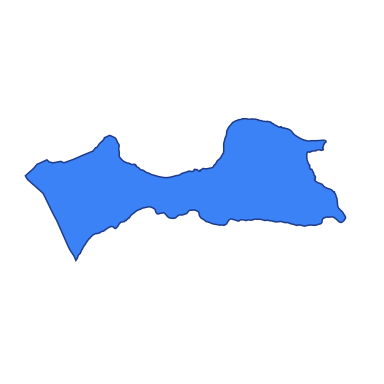 the district of South Epi, Shefa, Vanuatu, rotated 334°
{"feature_id": "77236927B82266009819224", "entity_name": "South Epi", "entity_type": "district", "adm_level": 2, "iso_a3": "VUT", "parent_name": "Vanuatu", "parent_adm1": "Shefa", "projection": "natural_earth1", "projection_center": [168.409, -16.787], "detail": "fine", "context": "isolated", "style": "filled", "palette": "blue", "viewbox_px": 384, "rotation_deg": 334, "n_neighbors": 0, "source": "geoboundaries", "source_scale": "gbopen_adm2", "svg_char_len": 6127}
<svg xmlns="http://www.w3.org/2000/svg" viewBox="0 0 384 384"><g transform="rotate(334 192 192)"><path d="M124.7,109.9L121.0,111.8L110.1,111.1L99.9,110.7L89.6,109.6L87.6,107.0L79.7,104.8L76.7,102.2L75.7,99.5L64.8,99.2L59.9,101.4L49.3,104.4L49.6,108.5L57.6,127.9L57.6,149.8L57.9,159.1L56.9,185.6L56.9,190.4L57.9,198.2L57.6,202.6L60.0,201.2L61.4,199.7L62.2,199.0L63.5,198.4L64.7,198.2L66.3,196.7L67.5,195.8L68.9,194.9L69.7,194.1L71.3,193.2L72.9,192.4L74.7,191.2L77.1,189.8L79.4,188.8L80.2,188.7L81.5,188.0L84.1,187.2L85.3,187.1L87.0,187.1L88.1,187.7L89.0,187.7L89.9,188.1L90.8,188.2L93.6,187.9L95.5,188.4L100.1,187.5L101.7,187.4L104.1,187.5L105.1,188.1L105.7,188.5L106.2,189.6L106.5,190.7L106.9,191.1L107.4,191.3L108.5,191.0L111.0,189.9L111.9,189.1L113.1,188.5L114.5,188.1L115.4,188.1L118.4,189.0L118.9,188.8L119.6,188.2L120.1,188.4L120.4,188.7L120.7,188.4L122.5,188.1L123.0,187.9L123.2,187.7L123.6,187.5L124.1,187.8L126.7,186.3L129.2,185.6L131.0,185.3L133.7,184.7L135.4,184.6L138.4,184.9L139.6,184.8L140.7,184.8L142.8,185.4L145.8,186.1L147.4,186.6L149.3,188.5L150.4,189.9L151.2,191.5L150.9,192.8L150.7,194.8L151.1,196.3L152.2,197.0L155.0,197.4L155.7,197.9L156.5,197.8L157.4,198.2L158.2,199.3L158.4,200.3L159.2,203.2L159.8,204.6L161.0,205.9L162.1,206.7L164.6,207.9L165.8,208.0L169.6,207.0L171.0,207.2L173.1,208.4L174.0,208.5L177.8,209.0L179.4,208.3L180.8,207.5L181.6,207.5L182.2,207.6L183.1,208.0L185.5,208.9L187.1,209.9L188.9,212.2L189.1,213.0L189.1,213.8L188.9,214.6L188.5,215.5L188.3,216.8L188.5,218.2L188.9,219.8L189.7,220.8L190.7,222.4L191.3,223.9L192.2,225.2L193.1,225.8L195.8,228.7L197.0,229.9L198.2,230.9L199.4,231.6L200.7,232.7L202.9,234.3L204.1,234.5L205.6,235.6L206.7,235.8L206.6,236.0L208.1,236.0L209.1,235.8L211.6,234.1L212.5,233.6L214.2,233.1L215.3,233.3L216.1,233.9L216.7,234.5L218.2,235.8L220.1,237.8L221.0,238.5L222.0,238.6L223.1,238.3L223.9,238.4L225.4,239.3L226.4,239.8L228.0,241.4L230.5,241.6L231.9,242.8L232.7,243.1L233.4,243.6L236.2,243.8L237.6,244.4L239.1,245.4L240.1,245.8L241.5,246.5L243.9,248.5L244.9,249.5L246.0,250.0L247.3,250.2L249.4,252.0L251.0,252.9L253.7,255.3L255.0,256.0L258.7,257.3L259.7,258.0L260.5,258.9L261.1,259.4L263.2,260.9L264.5,261.3L265.3,262.0L265.9,262.9L266.9,263.9L268.0,264.7L270.7,267.1L271.4,267.9L272.3,268.1L273.5,268.5L275.0,269.2L277.1,271.2L278.3,272.1L279.3,272.3L280.3,272.4L283.0,273.2L284.4,273.8L286.0,274.8L287.5,275.6L289.3,276.3L290.6,276.3L291.7,276.5L293.3,276.9L294.6,276.8L295.6,276.2L296.0,275.3L296.8,274.2L298.7,273.1L299.2,273.1L299.4,273.3L301.7,273.3L303.6,274.5L304.9,274.9L307.2,275.9L307.9,276.4L308.5,277.3L309.5,279.1L310.3,280.9L310.8,282.6L311.7,284.0L312.7,284.8L314.2,284.8L316.4,284.1L317.2,283.5L318.0,283.3L318.7,282.5L319.0,281.7L319.0,280.8L318.5,275.9L318.1,274.6L317.5,273.5L316.7,270.7L316.7,269.2L317.0,267.7L318.4,264.4L318.8,263.1L319.3,261.9L319.6,259.5L319.9,257.7L319.9,256.3L319.7,255.4L320.1,254.3L319.7,254.0L319.4,254.1L319.1,253.3L318.8,252.2L318.3,251.2L317.6,250.3L314.8,247.6L314.1,246.6L313.3,245.7L312.3,242.2L311.6,241.2L309.4,239.0L308.7,238.1L307.9,236.7L307.6,235.8L307.5,235.1L307.9,235.2L308.1,234.9L308.2,234.2L308.4,233.7L308.9,233.7L309.2,233.3L309.6,232.3L309.7,231.7L309.3,231.0L309.2,230.2L309.2,229.6L309.4,228.9L309.7,228.5L309.6,225.8L309.7,224.2L309.1,223.7L308.5,223.7L308.3,223.3L308.3,222.5L308.5,222.1L308.7,221.7L308.6,220.9L308.8,220.4L309.4,220.2L309.5,219.7L309.4,219.0L309.1,218.2L309.1,217.4L309.4,214.0L309.7,212.7L310.0,212.3L310.6,210.6L311.5,208.9L312.5,207.4L313.4,206.7L314.7,207.3L315.2,207.9L316.0,207.8L316.6,208.0L317.2,207.7L319.9,208.6L321.0,209.2L321.5,209.3L322.6,209.1L323.6,209.2L325.6,210.3L325.8,210.7L326.3,210.8L326.7,211.4L328.2,211.7L328.9,210.9L328.6,210.2L328.8,209.4L329.3,209.3L330.7,207.6L331.2,207.4L332.7,206.0L334.0,206.1L334.5,205.4L334.7,204.7L333.5,203.4L325.4,200.0L321.8,198.2L320.5,197.7L319.7,197.7L318.7,197.1L315.4,194.3L313.3,192.0L312.5,190.8L311.8,189.9L310.2,187.3L309.3,185.7L308.7,183.9L308.3,182.3L308.1,181.1L307.7,180.0L306.9,178.6L305.2,176.8L304.1,176.0L303.3,175.1L302.7,175.1L302.6,174.6L302.1,174.6L300.8,173.1L300.8,172.5L300.4,172.2L299.8,172.5L299.5,172.0L299.0,172.0L298.3,171.5L297.1,169.6L295.4,167.6L295.1,166.9L295.0,166.2L294.5,165.7L294.0,165.5L293.9,164.7L293.5,164.0L293.1,163.3L290.6,161.5L289.3,161.1L288.1,160.2L287.2,159.9L285.6,158.2L284.7,157.7L283.9,157.2L283.4,156.4L281.2,154.5L278.7,153.1L277.8,152.5L276.8,152.2L275.7,152.0L275.0,151.5L274.6,151.2L273.1,150.1L272.4,149.6L271.2,149.1L269.7,148.4L268.5,148.2L267.7,148.3L266.2,147.7L265.3,147.5L261.3,147.2L259.0,147.4L257.5,148.1L256.0,148.8L254.6,149.3L252.9,150.2L250.1,152.3L247.9,155.9L246.9,156.8L245.6,157.8L243.1,160.8L242.3,161.6L241.3,163.1L238.9,168.3L237.4,170.7L236.6,171.1L234.4,172.6L232.5,173.8L231.1,174.4L228.5,175.0L225.6,177.0L223.2,177.8L222.9,178.2L222.0,178.8L220.7,178.9L219.9,178.8L215.6,177.6L214.1,177.0L212.9,176.1L212.0,175.6L210.5,176.1L209.7,176.1L209.0,175.8L208.6,176.1L208.3,176.8L207.7,176.6L207.0,175.6L206.3,173.9L205.5,173.9L205.1,173.6L204.7,172.9L203.9,172.7L203.4,173.1L202.9,173.8L202.0,173.9L199.6,172.8L198.8,172.0L197.5,171.7L195.8,171.8L194.1,171.3L193.0,171.2L191.7,170.9L190.5,170.9L188.3,171.2L186.6,170.9L184.0,170.1L182.6,170.1L181.9,169.7L180.4,169.5L178.1,168.9L177.2,168.7L176.9,168.4L176.3,168.3L174.5,167.5L171.8,165.8L168.5,163.3L166.5,161.4L165.9,160.9L165.3,160.4L164.1,159.4L162.9,158.1L161.5,156.2L160.0,154.9L158.9,153.4L158.1,151.7L157.1,150.5L155.9,149.8L155.3,148.9L154.8,147.1L153.2,144.7L152.9,143.7L153.4,143.5L153.3,142.9L152.8,142.2L152.1,141.6L151.4,141.5L150.4,141.2L149.2,140.1L148.6,139.2L147.7,138.3L146.5,137.5L145.6,136.6L144.9,135.6L144.0,134.5L143.2,132.5L142.4,129.7L142.3,128.9L142.3,127.6L142.7,127.0L143.3,126.1L144.1,124.1L144.6,122.6L145.0,121.1L145.6,120.2L146.3,119.4L147.1,117.8L147.1,116.1L146.7,115.0L146.9,113.9L147.0,112.8L146.9,112.0L146.9,110.4L146.7,109.8L146.0,108.8L143.2,105.3L142.2,104.9L138.8,105.0L137.1,104.7L136.5,105.5L135.6,106.1L134.6,106.6L131.5,107.5L129.7,108.1L126.8,109.9L125.8,110.3L124.7,109.9Z" fill="#3b82f6" stroke="#1e3a8a" stroke-width="1.5"/></g></svg>